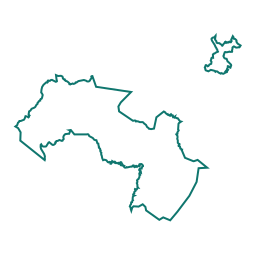 outline of Santiago Choápam, Oaxaca, Mexico
{"feature_id": "50627088B5221153952637", "entity_name": "Santiago Choápam", "entity_type": "district", "adm_level": 2, "iso_a3": "MEX", "parent_name": "Mexico", "parent_adm1": "Oaxaca", "projection": "robinson", "projection_center": [-95.863, 17.388], "detail": "fine", "context": "isolated", "style": "outline", "palette": "teal", "viewbox_px": 256, "rotation_deg": 0, "n_neighbors": 0, "source": "geoboundaries", "source_scale": "gbopen_adm2", "svg_char_len": 5789}
<svg xmlns="http://www.w3.org/2000/svg" viewBox="0 0 256 256"><path d="M20.3,140.6L44.7,160.1L44.9,159.4L44.7,157.8L44.9,156.3L44.1,153.9L41.1,149.0L40.6,147.0L40.7,144.8L41.2,144.3L42.3,146.2L43.8,146.6L45.7,146.5L46.2,146.3L48.5,142.6L49.2,142.2L52.5,144.9L53.6,144.9L55.1,143.8L55.7,142.7L55.3,142.4L55.5,142.0L56.5,141.0L57.7,140.9L59.4,140.0L61.9,140.9L62.6,140.6L62.7,140.1L63.7,139.0L63.3,137.1L63.9,135.5L65.3,134.1L68.7,133.7L69.0,133.8L69.7,132.5L70.2,130.5L69.5,130.2L70.8,130.0L74.4,134.4L86.5,134.4L87.9,134.2L88.5,134.6L89.3,136.1L92.8,138.0L94.2,139.7L95.2,140.1L96.4,140.2L97.4,143.3L98.3,143.6L98.5,145.3L99.0,146.8L98.8,146.9L98.9,147.7L100.1,148.8L100.2,149.8L100.6,150.3L100.3,150.6L100.4,151.5L101.4,152.8L101.1,153.9L101.3,154.3L101.3,154.9L101.7,155.5L102.2,158.1L103.1,160.2L104.6,159.7L106.4,160.3L107.7,162.0L108.4,162.4L109.3,161.9L110.0,162.2L110.8,162.0L110.3,162.9L110.4,163.7L111.0,163.8L111.8,162.9L112.2,161.1L113.8,162.2L114.3,161.7L114.9,161.7L115.2,162.0L115.1,162.9L116.0,163.2L116.7,162.9L117.9,163.4L118.4,162.8L118.7,162.8L119.0,163.9L120.0,163.9L120.6,162.2L121.3,162.3L121.5,162.8L121.0,163.2L120.7,164.1L120.8,165.2L122.4,165.5L122.7,164.8L123.0,165.3L124.1,165.8L123.6,166.3L124.6,167.5L125.9,167.7L126.7,167.1L127.4,167.4L130.3,166.7L131.5,166.7L132.5,165.9L132.5,166.3L133.2,166.5L134.0,165.9L134.7,167.1L135.5,166.8L135.7,166.0L136.1,165.8L136.5,166.0L136.4,166.8L137.0,166.9L138.5,165.9L139.6,166.3L139.8,165.9L139.3,164.5L139.5,164.2L140.6,164.3L141.1,164.0L141.4,163.3L141.5,164.4L142.4,164.8L143.0,165.7L143.0,166.2L142.2,166.7L141.6,168.6L140.7,168.4L139.8,168.7L139.2,169.6L139.2,170.0L140.0,170.2L140.7,171.1L140.9,172.4L140.1,171.9L139.8,172.0L139.7,173.0L139.3,173.5L139.4,174.3L140.2,174.6L140.2,174.9L139.6,175.0L139.3,177.6L138.5,178.6L138.4,179.2L137.4,179.7L137.0,180.6L137.4,181.6L137.2,182.7L136.8,183.1L137.4,184.7L137.4,186.6L138.1,187.6L137.6,187.5L136.8,189.4L136.5,189.6L135.0,189.0L134.9,189.2L135.5,190.9L134.4,191.8L134.2,192.3L134.3,193.4L133.2,194.3L133.1,194.9L133.3,195.3L134.3,195.6L133.4,196.0L132.8,197.0L132.6,199.4L133.0,200.2L132.4,200.6L132.1,202.2L131.2,202.4L131.0,204.3L130.3,205.1L129.8,206.5L130.4,207.2L130.8,208.2L130.7,208.9L131.3,210.7L132.2,207.7L133.5,206.3L138.6,206.6L142.7,204.3L145.4,206.9L146.1,210.4L159.3,219.8L163.2,217.4L170.2,220.3L177.5,211.6L189.4,195.8L196.6,181.9L198.6,168.2L207.2,167.7L197.6,159.9L194.2,161.1L193.4,161.2L185.0,157.8L182.0,150.7L182.1,149.7L181.4,149.7L181.0,148.7L180.3,148.5L180.0,146.6L179.6,146.2L178.7,146.1L178.6,145.4L179.5,144.5L179.4,143.9L178.7,143.8L177.8,142.8L177.8,140.3L177.2,138.8L177.5,138.0L177.5,136.0L176.3,134.3L177.5,133.7L177.3,132.5L178.7,130.4L178.6,130.1L178.1,129.6L178.5,123.8L178.9,123.1L181.1,121.6L180.0,121.3L177.7,118.2L176.7,118.2L175.8,117.6L174.7,117.7L174.6,117.1L174.8,116.6L173.9,117.2L173.2,117.2L173.3,116.7L172.9,116.4L172.9,115.5L172.1,115.3L171.5,114.7L171.3,115.5L170.9,115.4L170.2,115.8L169.9,115.5L170.0,114.8L169.2,115.3L169.0,115.1L168.3,115.0L167.8,114.2L167.4,114.5L165.6,113.1L165.3,112.4L163.8,111.5L156.4,117.3L154.0,128.6L151.1,129.1L148.9,128.7L148.6,128.1L147.1,127.0L146.0,124.9L144.0,123.4L143.3,122.5L142.6,122.1L139.8,122.1L137.8,121.3L135.9,121.4L135.8,120.8L135.5,120.6L134.4,120.5L133.0,120.8L119.1,111.4L118.4,106.5L120.8,102.4L131.1,92.0L96.1,86.8L92.4,76.1L91.6,76.2L91.3,76.5L91.6,77.4L91.3,78.5L90.4,79.4L89.9,80.6L89.0,81.3L88.2,81.5L87.1,81.4L86.1,80.7L83.9,80.0L78.4,81.1L76.8,82.3L75.7,82.4L75.5,83.1L74.0,83.8L73.5,83.9L72.6,83.5L71.6,84.0L70.9,83.9L70.4,84.4L69.4,84.2L69.2,83.2L68.4,82.3L66.8,81.2L65.6,80.9L65.3,80.2L64.7,80.1L64.6,79.3L63.6,79.1L62.9,78.5L62.8,77.4L62.4,76.5L60.9,75.8L58.1,76.0L56.0,75.1L56.5,79.3L56.9,80.8L56.9,81.3L56.4,81.6L55.8,81.8L52.0,79.9L51.0,80.0L49.8,80.9L48.1,80.5L47.7,80.9L47.8,82.1L47.3,82.6L46.3,82.3L43.5,84.8L42.1,87.0L41.5,89.6L41.2,92.5L42.0,93.5L42.7,95.0L42.0,97.9L41.5,98.8L40.7,99.0L40.2,99.8L40.2,100.6L39.4,100.8L38.5,101.6L38.4,102.2L37.5,103.0L37.5,103.9L36.3,105.0L35.3,106.9L34.4,107.6L31.6,108.8L30.4,110.6L29.1,111.4L28.6,114.4L29.5,115.5L29.0,115.9L29.0,116.8L28.4,117.4L27.1,116.5L25.5,116.2L24.7,118.5L24.0,119.7L20.7,121.0L19.4,121.0L18.9,122.0L18.0,122.7L17.2,125.1L15.4,126.5L18.1,128.1L20.6,132.3L20.3,140.6ZM232.8,36.2L231.2,39.7L231.6,41.1L231.0,41.6L230.7,41.6L230.8,42.2L230.0,42.3L229.2,41.7L228.3,42.2L228.1,42.6L227.4,42.6L227.2,42.4L226.8,42.7L226.5,42.2L225.7,41.8L225.5,42.2L225.0,42.2L225.0,43.0L224.0,43.4L222.4,45.7L222.0,45.6L221.6,44.7L220.4,44.1L219.5,43.2L217.6,43.1L216.6,42.7L216.4,41.3L215.3,39.9L214.9,38.9L215.3,38.0L214.8,37.6L215.6,36.1L215.6,35.7L214.4,37.2L212.6,37.7L211.6,38.6L211.5,39.1L211.9,40.5L215.1,45.6L215.3,46.6L216.2,47.6L216.4,48.6L217.2,49.4L217.5,51.3L218.7,52.0L217.8,51.7L217.4,51.9L215.6,52.7L214.5,53.6L213.7,53.7L212.9,54.5L213.1,57.8L211.9,57.7L211.3,58.3L211.3,59.2L210.7,60.7L211.5,61.8L211.2,63.8L209.5,64.5L208.4,66.0L207.6,66.3L206.5,65.2L205.7,65.2L204.8,67.6L205.3,68.2L205.2,68.9L205.7,70.3L208.4,71.3L210.8,69.9L213.0,70.4L214.8,70.9L215.4,71.8L216.1,71.3L217.4,71.5L218.6,72.6L220.6,73.6L221.2,73.1L221.6,73.4L222.3,73.4L223.1,73.8L224.3,73.3L225.6,72.5L226.9,72.1L227.0,71.6L225.6,71.3L226.2,70.5L227.7,70.4L228.0,69.9L227.0,69.5L227.0,69.0L227.6,68.0L227.8,66.2L228.8,66.3L229.6,67.4L230.4,67.7L231.2,65.4L231.0,64.6L228.3,61.9L227.6,61.5L226.6,58.8L225.2,58.6L224.1,57.7L223.4,56.0L223.9,55.2L223.9,54.3L224.3,53.7L224.7,52.3L225.2,52.0L226.8,52.3L229.6,51.6L230.1,51.9L232.0,51.8L232.2,51.2L232.0,50.4L232.5,48.7L232.4,47.9L232.7,47.2L233.9,46.4L236.1,47.6L238.2,47.4L238.9,47.1L239.3,47.3L239.7,47.0L240.6,45.5L237.9,43.8L236.9,42.6L236.4,41.6L236.6,41.0L236.3,40.1L235.1,39.0L233.7,38.7L233.5,37.2L232.8,36.2Z" fill="none" stroke="#0f766e" stroke-width="2"/></svg>